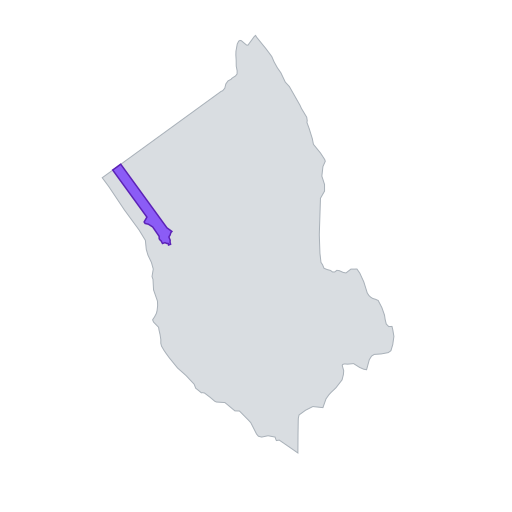 Mayuge on a map of Uganda (Equal Earth projection), rotated 144°
{"feature_id": "UGA-3120", "entity_name": "Mayuge", "entity_type": "District", "adm_level": 1, "iso_a3": "UGA", "parent_name": "Uganda", "parent_adm1": "", "projection": "equal_earth", "projection_center": [33.58, -0.276], "detail": "fine", "context": "in_parent", "style": "filled", "palette": "violet", "viewbox_px": 512, "rotation_deg": 144, "n_neighbors": 0, "source": "natural_earth", "source_scale": "10m", "svg_char_len": 2755}
<svg xmlns="http://www.w3.org/2000/svg" viewBox="0 0 512 512"><g transform="rotate(144 256 256)"><path d="M334.4,409.7L329.2,409.7L320.6,409.7L312.1,409.7L303.6,409.7L295.0,409.7L286.5,409.7L278.0,409.7L269.4,409.7L260.9,409.7L252.4,409.7L243.8,409.7L235.3,409.7L226.8,409.7L218.2,409.7L209.7,409.7L201.1,409.7L192.6,409.7L187.6,409.7L186.6,409.5L185.9,409.3L182.6,410.1L179.3,412.9L175.8,414.1L172.0,413.6L171.5,413.9L169.6,413.9L166.8,413.7L164.3,414.4L162.4,416.9L160.4,421.2L157.0,426.0L154.2,430.4L151.9,433.4L146.6,438.5L143.7,440.0L142.2,439.8L141.3,438.8L139.7,432.3L138.6,431.3L128.3,434.6L126.7,434.7L126.9,432.7L126.1,417.4L126.0,408.1L127.3,402.3L128.1,395.6L128.2,389.6L130.1,379.5L129.4,373.5L131.8,352.2L132.5,348.8L133.4,338.5L135.0,335.4L136.3,334.1L138.1,327.8L141.5,317.8L143.9,312.6L143.3,301.3L143.7,293.6L144.3,291.9L149.3,289.0L155.8,281.9L158.5,273.6L162.4,268.2L170.0,264.8L170.0,264.7L192.3,236.0L202.7,220.6L207.2,212.6L207.3,209.8L208.2,206.1L206.4,203.2L204.2,200.5L203.5,198.1L201.7,196.8L199.0,196.9L197.2,195.1L195.2,191.6L193.2,189.4L186.9,189.6L182.0,186.1L182.1,181.2L184.0,171.7L187.7,160.8L187.9,157.7L187.4,155.2L186.5,153.0L184.8,150.8L183.3,148.2L184.5,140.3L186.8,132.6L188.8,128.8L190.6,124.4L190.1,120.9L187.4,119.1L188.8,115.7L191.7,109.9L197.4,104.0L202.5,100.1L205.8,100.1L212.3,103.2L218.2,106.9L221.4,107.1L225.3,105.5L233.4,99.0L235.4,101.1L237.7,105.0L240.3,111.6L245.4,114.6L247.9,116.7L249.6,117.3L250.6,116.7L252.5,111.6L254.9,108.8L259.2,105.2L268.8,102.4L275.6,101.5L278.5,100.9L283.3,99.3L291.0,94.0L298.5,100.8L306.6,102.1L314.6,102.1L317.0,100.0L318.3,98.4L326.7,87.2L337.9,72.0L345.4,93.4L348.0,94.7L347.6,96.5L347.0,98.3L351.9,103.5L357.9,106.2L360.0,108.8L360.2,111.7L358.2,124.2L358.6,127.8L360.5,140.3L364.1,143.1L367.3,155.7L373.8,161.1L374.7,162.6L376.2,168.7L378.2,175.4L379.7,177.0L380.6,177.4L382.5,184.5L381.4,188.5L382.9,200.6L385.3,211.5L386.0,224.5L386.0,230.2L385.9,233.7L385.4,238.6L384.3,241.4L382.2,244.2L379.9,248.6L377.9,253.3L376.7,255.6L377.7,262.6L377.4,264.4L376.9,265.3L374.0,266.3L370.2,268.2L368.0,270.1L364.8,273.6L362.2,277.5L358.8,288.8L353.1,297.6L352.2,300.5L346.8,305.8L344.4,312.2L342.9,320.2L340.9,325.8L336.3,333.7L335.3,346.0L335.4,370.6L334.3,398.7L334.4,409.7Z" fill="#d9dde1" stroke="#a8b0b8" stroke-width="1"/><path d="M321.4,409.8L313.0,409.8L311.5,409.8L311.5,331.1L309.6,325.3L311.1,325.0L313.3,323.4L314.0,323.1L314.6,323.0L315.3,322.5L315.7,321.1L316.1,319.3L317.4,317.7L318.2,315.7L320.3,316.3L319.7,317.7L320.8,318.6L321.8,320.3L324.3,321.1L323.9,324.1L324.2,325.1L324.2,325.5L324.2,326.8L322.8,328.9L322.5,340.2L324.4,345.0L326.6,347.5L326.5,349.3L321.4,351.6L321.4,409.8L321.4,409.8Z" fill="#8b5cf6" stroke="#5b21b6" stroke-width="1.5"/></g></svg>